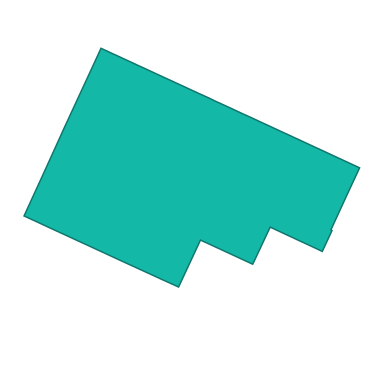 2 de Abril, Chaco, Argentina, rotated 25°
{"feature_id": "61730980B81782209111955", "entity_name": "2 de Abril", "entity_type": "district", "adm_level": 2, "iso_a3": "ARG", "parent_name": "Argentina", "parent_adm1": "Chaco", "projection": "albers", "projection_center": [-61.281, -27.639], "detail": "fine", "context": "isolated", "style": "filled", "palette": "teal", "viewbox_px": 384, "rotation_deg": 25, "n_neighbors": 0, "source": "geoboundaries", "source_scale": "gbopen_adm2", "svg_char_len": 709}
<svg xmlns="http://www.w3.org/2000/svg" viewBox="0 0 384 384"><g transform="rotate(25 192 192)"><path d="M335.2,190.8L335.2,168.1L335.2,167.8L334.2,167.7L333.9,167.6L333.7,127.5L333.7,109.9L333.7,99.3L277.0,99.4L271.3,99.4L248.4,99.5L246.2,99.5L208.1,99.6L205.5,99.7L184.2,99.7L174.6,99.8L173.6,99.8L170.9,99.7L162.9,99.7L155.9,99.8L108.2,100.0L78.1,100.1L74.1,100.1L72.9,100.1L59.0,100.2L48.8,100.2L48.9,118.8L49.1,191.4L49.2,197.2L49.6,237.3L49.6,237.8L49.9,284.7L83.8,284.6L150.0,284.3L155.1,284.3L155.3,284.3L157.1,284.3L202.8,284.0L220.0,283.8L220.0,249.4L220.0,234.9L220.0,232.0L246.2,231.9L277.5,231.8L277.6,227.9L277.7,190.8L335.2,190.8Z" fill="#14b8a6" stroke="#0f766e" stroke-width="1.5"/></g></svg>